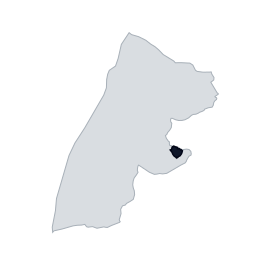 Sanniquellie Mahn, Nimba, Liberia shown in context, rotated 78°
{"feature_id": "62588387B26498986950089", "entity_name": "Sanniquellie Mahn", "entity_type": "district", "adm_level": 2, "iso_a3": "LBR", "parent_name": "Liberia", "parent_adm1": "Nimba", "projection": "mercator", "projection_center": [-8.749, 7.383], "detail": "fine", "context": "in_parent", "style": "filled", "palette": "ink", "viewbox_px": 256, "rotation_deg": 78, "n_neighbors": 0, "source": "geoboundaries", "source_scale": "gbopen_adm2", "svg_char_len": 2824}
<svg xmlns="http://www.w3.org/2000/svg" viewBox="0 0 256 256"><g transform="rotate(78 128 128)"><path d="M35.0,107.1L37.4,105.1L40.9,98.6L45.9,92.3L50.5,88.5L54.1,84.7L58.0,81.7L63.5,78.3L72.0,69.3L74.0,68.2L75.3,61.9L77.4,54.0L79.9,51.5L85.6,50.0L87.0,48.6L89.0,43.0L90.3,36.4L90.4,35.0L92.7,34.8L96.6,33.4L98.8,34.1L99.8,36.0L100.4,37.5L112.1,33.5L113.1,32.6L113.8,32.8L115.2,36.4L116.1,36.2L116.8,35.1L117.6,35.0L118.5,35.5L119.4,37.3L120.9,38.8L123.5,39.9L125.1,41.4L124.9,45.3L125.5,49.1L126.6,50.0L127.2,52.3L127.5,54.8L128.1,56.1L128.6,58.7L128.3,61.4L128.8,63.3L130.7,66.6L131.8,70.7L131.8,73.7L131.2,76.8L129.9,79.6L127.7,82.7L127.5,83.9L128.8,84.7L130.8,84.9L132.5,84.2L136.6,85.6L138.8,87.7L140.7,90.2L142.4,91.4L143.2,93.0L146.2,92.6L149.6,91.1L150.3,90.3L151.3,90.7L153.5,90.9L155.1,88.1L156.3,85.0L159.0,81.6L160.3,80.2L160.6,78.1L160.8,75.2L161.7,72.8L163.9,71.4L166.3,71.5L167.6,72.0L168.3,74.3L170.2,76.1L171.8,77.4L172.7,77.9L174.0,79.3L175.3,84.1L180.4,99.5L180.1,103.7L179.1,106.5L179.1,109.2L178.8,111.9L175.7,116.3L166.5,125.3L167.2,126.1L169.4,127.1L171.6,127.7L173.4,127.4L175.7,129.6L178.2,132.4L180.8,133.9L184.6,135.2L187.9,135.3L190.7,134.9L194.6,135.4L198.9,137.7L200.4,141.6L201.4,145.0L202.8,146.7L203.0,149.6L206.0,152.1L210.3,152.6L215.8,155.6L217.2,155.5L217.8,155.1L218.5,155.7L219.9,164.3L221.0,168.9L220.4,170.7L219.7,172.2L219.6,179.2L217.1,183.2L216.7,187.6L216.0,189.0L213.3,190.3L213.3,193.6L212.6,197.7L212.3,202.0L213.1,213.4L213.2,221.8L214.4,223.4L209.2,222.7L193.9,216.2L182.1,212.6L142.6,191.4L131.6,183.0L118.9,170.3L90.8,144.9L84.3,140.8L76.2,138.8L71.2,136.7L67.7,134.3L64.8,127.3L57.8,123.1L44.8,117.1L35.0,107.1Z" fill="#d9dde1" stroke="#a8b0b8" stroke-width="1"/><path d="M158.3,91.3L159.5,90.7L160.4,90.2L160.7,90.1L161.6,89.8L162.3,89.8L163.0,89.6L163.3,89.5L163.4,89.4L163.9,89.2L164.0,89.2L164.6,89.0L164.9,88.7L165.4,88.4L165.5,88.3L166.1,87.7L166.5,87.3L166.7,87.2L166.4,87.1L166.3,86.9L166.8,86.5L167.3,86.3L167.3,85.9L166.8,85.0L166.3,84.3L166.2,84.1L166.2,83.4L165.9,82.7L165.7,82.5L165.4,82.2L165.2,82.0L164.4,81.1L163.8,80.7L163.2,80.3L162.7,80.1L161.6,79.5L161.4,79.7L161.2,79.9L160.9,80.2L160.6,80.4L160.5,80.6L160.5,80.8L160.3,80.7L160.3,81.0L160.2,81.0L159.9,81.3L159.7,81.6L159.5,81.8L159.4,81.9L159.3,82.1L159.1,81.9L158.9,82.1L158.7,82.3L158.9,82.5L158.6,83.0L158.6,83.6L158.4,83.8L158.5,84.0L158.4,84.0L158.2,83.9L157.8,84.0L157.8,83.9L157.5,83.8L157.5,84.1L157.2,84.3L157.0,84.2L156.9,84.4L156.8,84.7L156.8,84.9L156.6,84.9L156.5,85.2L156.4,85.4L156.4,85.5L156.2,85.7L155.9,86.0L155.7,86.5L155.4,86.7L155.2,87.0L155.4,87.3L155.5,87.3L155.5,87.5L155.7,87.8L155.6,88.0L155.5,88.3L155.6,88.5L155.8,88.5L156.4,89.1L156.9,89.3L157.3,89.5L157.7,89.7L158.1,90.2L158.2,90.8L158.2,91.3L158.3,91.3Z" fill="#0f172a" stroke="#020617" stroke-width="1.5"/></g></svg>